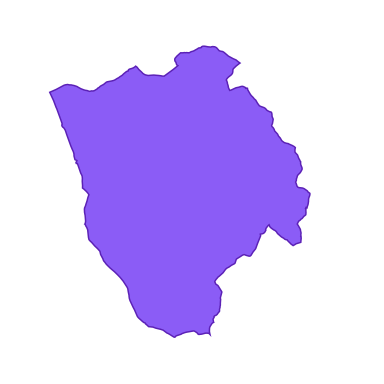 Blajel, Sibiu, Romania (Equal Earth projection), rotated 342°
{"feature_id": "2599482B21562101156069", "entity_name": "Blajel", "entity_type": "district", "adm_level": 2, "iso_a3": "ROU", "parent_name": "Romania", "parent_adm1": "Sibiu", "projection": "equal_earth", "projection_center": [24.338, 46.219], "detail": "fine", "context": "isolated", "style": "filled", "palette": "violet", "viewbox_px": 384, "rotation_deg": 342, "n_neighbors": 0, "source": "geoboundaries", "source_scale": "gbopen_adm2", "svg_char_len": 5905}
<svg xmlns="http://www.w3.org/2000/svg" viewBox="0 0 384 384"><g transform="rotate(342 192 192)"><path d="M271.6,274.2L273.2,273.9L275.0,273.4L279.9,273.5L281.5,269.8L282.0,267.8L281.8,267.7L282.0,267.4L282.4,266.0L283.0,264.8L283.1,264.3L283.3,262.0L283.4,261.7L283.5,261.1L283.4,260.3L282.7,256.8L282.2,255.0L283.5,253.6L284.7,252.6L286.2,252.2L287.3,251.5L288.6,251.2L290.9,249.7L292.4,249.2L293.2,248.8L294.0,246.9L294.5,245.0L294.8,244.1L295.2,243.3L294.9,243.1L294.8,242.9L295.7,241.9L296.5,242.6L297.0,241.7L298.5,239.7L299.8,237.2L300.5,235.2L301.2,233.8L302.8,231.8L303.4,230.7L303.7,229.7L302.3,227.7L302.1,226.7L301.7,226.1L299.7,223.5L298.8,222.7L298.2,222.3L294.9,220.8L294.1,220.0L293.7,218.9L293.7,215.9L293.6,214.6L294.8,213.3L295.5,211.5L296.0,211.1L297.3,209.1L298.4,208.3L300.7,207.2L301.6,206.5L303.6,204.6L304.0,203.6L304.1,202.9L304.1,202.5L303.9,200.0L303.9,199.5L304.2,198.1L304.7,196.8L304.4,196.0L304.3,194.7L303.9,192.9L303.8,189.4L302.5,186.6L302.3,185.8L302.6,184.7L303.0,183.5L304.0,181.7L303.3,180.5L301.9,178.9L299.2,176.5L298.5,175.7L296.8,174.8L295.1,173.6L293.9,172.0L293.5,171.4L293.1,170.4L292.6,167.9L291.6,165.7L291.5,165.2L291.3,163.4L289.5,159.5L289.5,158.0L289.3,156.8L289.0,155.8L288.3,154.5L288.2,153.9L288.3,153.3L289.7,151.7L291.6,148.1L291.7,147.3L291.5,145.5L291.6,144.3L291.9,143.5L292.2,141.9L292.2,141.1L292.0,140.5L290.5,139.5L289.1,138.1L288.3,137.1L288.0,136.1L287.6,135.2L286.6,134.0L284.0,132.0L282.7,130.8L281.7,127.7L281.0,124.3L280.0,122.7L279.4,121.0L278.2,118.7L277.8,117.5L277.5,116.4L276.6,112.1L276.6,111.5L276.8,110.5L276.7,110.4L276.2,110.1L275.2,110.1L275.0,109.7L275.1,109.2L273.7,107.8L272.9,107.2L271.5,106.8L269.0,106.8L266.3,106.5L265.7,106.5L261.0,107.1L259.3,107.1L259.2,106.7L258.9,103.9L259.2,102.0L259.2,100.7L259.2,99.7L259.4,99.0L259.4,97.0L259.2,96.1L259.4,95.8L260.2,95.1L261.3,94.4L262.6,93.8L264.9,93.0L265.8,92.6L266.8,91.9L267.3,91.4L267.9,90.4L268.7,88.3L269.5,87.5L273.0,85.8L276.5,84.5L277.5,84.2L276.2,82.4L274.7,80.0L272.4,78.0L268.6,74.0L266.5,70.5L265.6,69.1L264.6,67.9L262.7,66.9L261.5,66.0L259.9,62.3L258.5,60.9L258.0,60.7L257.6,60.6L257.2,60.3L256.7,60.1L255.3,59.9L254.9,60.0L254.5,59.9L252.2,58.9L249.4,57.4L247.5,56.7L246.1,56.8L245.7,57.0L245.6,57.4L245.2,57.5L242.7,57.1L241.5,57.5L238.9,58.0L237.6,58.3L236.7,58.4L234.4,58.3L232.7,58.7L231.9,58.6L229.8,57.7L228.7,57.5L227.7,57.0L226.5,56.9L224.1,56.1L219.8,58.0L217.5,59.4L217.0,59.8L216.7,60.3L216.4,61.1L216.3,62.2L216.4,62.8L216.8,63.6L216.7,65.8L217.0,66.8L217.6,67.5L211.9,69.7L201.3,73.2L199.4,72.5L198.5,71.9L196.1,70.8L191.8,69.0L189.9,68.5L186.2,67.6L183.7,66.1L182.5,64.8L181.9,64.0L181.1,62.3L179.3,59.1L178.3,56.3L177.3,54.9L176.2,55.4L174.6,55.8L172.8,55.9L170.7,55.8L170.0,55.9L169.1,56.4L168.8,57.1L167.8,57.1L166.8,57.2L163.7,58.4L161.5,59.5L159.3,60.0L157.4,60.7L156.3,60.8L153.2,61.6L152.1,61.7L150.1,61.6L145.4,61.0L144.4,61.1L141.1,62.4L138.2,62.9L137.2,63.2L135.8,63.9L134.5,64.1L133.5,64.7L130.5,65.4L129.6,65.4L128.9,65.3L127.7,64.8L126.3,64.7L125.4,64.5L123.6,63.1L122.3,62.5L120.9,61.6L118.3,59.5L116.1,57.2L115.6,56.5L114.8,55.8L112.6,54.2L111.1,53.4L110.4,52.9L108.6,52.3L106.9,51.3L105.0,51.0L103.4,50.9L94.4,52.5L87.5,53.2L88.6,62.3L88.9,69.5L89.1,70.9L89.5,82.4L89.6,86.2L89.5,87.4L88.9,88.0L88.8,88.5L88.8,89.4L89.1,90.3L89.7,91.1L90.0,91.8L90.5,93.7L90.6,95.4L90.6,98.9L91.0,111.0L91.3,114.5L91.6,117.1L91.5,119.3L90.9,121.4L90.7,125.1L92.3,126.5L91.9,127.1L90.8,128.0L90.7,128.6L90.8,129.2L91.1,129.3L91.8,129.4L91.9,133.1L92.0,139.6L92.4,142.2L92.4,143.0L92.0,145.0L90.9,148.0L89.9,152.1L89.1,154.4L90.0,155.7L91.7,158.8L92.6,160.9L93.1,162.7L91.2,165.2L89.4,168.1L87.4,170.8L86.9,171.6L86.3,172.4L84.7,174.2L84.7,174.7L84.2,175.5L83.8,177.3L83.6,177.6L83.1,181.4L81.8,186.9L80.7,189.0L80.1,189.4L80.4,189.8L80.6,192.0L80.9,193.0L81.0,194.1L81.1,195.8L79.5,203.2L79.4,204.3L79.3,205.5L80.2,207.6L80.9,208.7L82.8,213.2L84.7,216.7L86.1,219.9L85.9,222.0L85.8,223.3L86.6,227.9L86.6,229.3L86.8,230.5L87.5,232.1L88.0,233.8L88.9,235.7L90.8,239.3L93.6,243.8L95.6,247.6L97.2,250.9L99.0,255.5L100.6,261.5L101.0,263.2L101.0,264.4L100.5,267.6L100.2,270.7L99.8,272.2L99.5,274.1L99.5,275.2L99.5,276.2L100.4,283.4L100.9,286.2L101.6,293.5L101.8,294.1L102.4,295.5L105.0,300.0L106.0,301.4L106.4,301.6L107.1,302.3L107.2,302.6L107.0,302.9L107.1,303.1L108.2,304.9L109.1,306.6L113.1,308.4L115.5,310.3L119.6,312.8L121.9,314.5L124.6,318.4L125.5,319.1L126.3,320.0L126.8,320.5L128.8,323.0L130.2,324.6L131.2,324.7L132.1,324.1L132.7,323.9L137.6,323.9L138.7,323.6L141.6,323.5L143.5,323.6L147.5,324.2L150.5,324.6L151.2,325.0L151.9,325.7L153.2,327.4L153.7,328.4L153.8,329.0L154.5,329.6L157.5,330.2L161.0,330.4L162.2,330.7L164.0,331.4L164.5,331.9L165.1,333.1L165.2,331.8L165.5,329.9L166.6,326.9L167.4,325.7L170.4,323.2L171.1,322.9L172.4,322.6L172.3,322.3L172.7,319.6L173.0,319.2L174.4,317.9L174.5,317.2L175.1,316.8L176.7,316.7L178.1,316.2L179.2,315.3L180.5,314.5L181.4,313.8L181.9,312.1L182.4,311.3L183.1,310.2L183.2,309.7L184.0,308.4L184.5,306.8L186.1,302.8L186.1,301.9L186.5,301.0L189.3,296.7L189.5,296.3L189.3,295.3L187.9,289.5L187.7,288.9L187.5,288.6L186.2,287.0L185.9,284.4L186.4,283.8L187.7,282.7L190.6,280.9L192.1,280.4L196.6,278.4L199.6,276.2L200.8,275.5L202.0,275.1L204.0,274.8L206.8,273.9L210.3,273.3L211.0,272.9L213.3,269.7L213.6,269.5L214.6,269.2L218.3,268.3L220.4,267.7L222.0,267.6L222.5,267.8L224.1,269.1L226.4,270.6L227.3,270.9L228.0,270.7L228.5,270.5L231.4,268.0L234.6,265.9L235.1,265.5L238.6,261.0L243.8,254.8L243.8,253.9L243.9,253.2L246.3,253.5L247.2,253.4L248.1,253.1L248.8,252.7L250.4,251.2L250.5,250.9L250.4,250.5L251.0,249.6L251.9,248.9L253.8,247.6L254.7,247.2L255.2,247.0L255.3,248.9L255.5,249.6L256.3,251.0L258.1,253.4L259.1,254.3L260.0,255.9L260.5,257.9L263.2,262.4L265.0,264.4L265.4,265.2L266.1,266.0L267.7,267.0L268.2,268.4L269.6,271.1L270.0,272.0L271.6,274.2Z" fill="#8b5cf6" stroke="#5b21b6" stroke-width="1.5"/></g></svg>